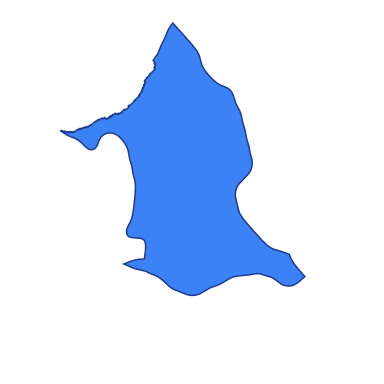 Fundación, Barahona, Dominican Republic, rotated 228°
{"feature_id": "3306468B48518895695140", "entity_name": "Fundación", "entity_type": "district", "adm_level": 2, "iso_a3": "DOM", "parent_name": "Dominican Republic", "parent_adm1": "Barahona", "projection": "robinson", "projection_center": [-71.129, 18.263], "detail": "fine", "context": "isolated", "style": "filled", "palette": "blue", "viewbox_px": 384, "rotation_deg": 228, "n_neighbors": 0, "source": "geoboundaries", "source_scale": "gbopen_adm2", "svg_char_len": 3554}
<svg xmlns="http://www.w3.org/2000/svg" viewBox="0 0 384 384"><g transform="rotate(228 192 192)"><path d="M80.7,222.6L88.5,218.3L95.3,214.2L98.6,212.9L102.3,212.2L110.0,211.7L130.9,211.8L138.3,212.1L143.7,213.0L146.9,214.2L159.5,221.1L161.9,223.2L164.0,225.7L165.6,228.7L166.6,232.5L167.5,244.3L168.2,248.2L168.8,250.0L170.4,253.0L173.7,256.6L176.3,258.4L182.1,261.3L187.5,264.7L194.9,268.2L203.1,273.1L209.2,276.0L217.5,280.7L220.7,281.8L228.7,283.9L237.1,287.7L240.1,288.5L243.2,288.5L244.8,288.1L247.6,287.0L253.0,284.4L256.4,283.4L261.8,282.7L269.3,282.6L274.8,283.1L278.3,283.8L281.5,285.1L288.5,288.7L293.8,290.1L303.3,290.7L330.4,290.8L329.3,285.5L328.2,282.2L324.5,274.7L322.0,268.1L317.7,259.1L316.8,255.6L315.9,251.2L313.2,251.2L313.2,250.5L312.5,250.5L312.5,249.7L310.5,249.7L310.5,248.2L309.9,248.2L309.9,247.4L309.2,247.4L309.2,246.7L307.9,246.7L307.9,239.1L307.2,239.1L307.2,234.5L306.6,234.5L306.6,231.4L305.9,231.4L305.9,230.7L304.6,230.7L304.6,229.9L303.9,229.9L303.9,227.6L303.2,227.6L303.2,226.9L302.6,226.9L302.6,225.3L301.9,225.3L301.9,223.8L301.3,223.8L301.3,223.0L300.6,223.0L300.6,221.5L299.9,221.5L299.9,218.5L299.3,218.5L299.3,217.0L298.6,217.0L298.6,211.6L297.9,211.6L297.9,210.9L298.6,210.9L298.6,210.1L297.9,210.1L297.9,203.2L298.6,203.2L298.6,202.5L297.9,202.5L297.9,201.7L297.3,201.7L297.3,197.9L297.9,197.9L297.9,197.1L298.6,197.1L298.6,193.3L297.9,193.3L297.9,192.6L298.6,192.6L298.6,190.3L299.3,190.3L299.3,189.5L299.9,189.5L299.9,188.0L301.3,188.0L301.3,187.2L301.9,187.2L301.9,184.9L302.6,184.9L302.6,183.4L301.9,183.4L301.9,182.7L302.6,182.7L302.6,181.9L303.2,181.9L303.2,180.4L302.6,180.4L302.6,179.6L303.2,179.6L303.2,177.3L304.6,177.3L304.6,176.6L305.9,176.6L305.9,175.0L306.6,175.0L306.6,174.3L307.2,174.3L307.2,172.0L307.9,172.0L307.9,170.5L308.6,170.5L308.6,167.4L309.2,167.4L309.2,161.3L309.9,161.3L309.9,158.3L310.5,158.3L310.5,156.7L311.2,156.7L311.2,156.0L311.9,156.0L311.9,154.5L312.5,154.5L312.5,152.9L313.2,152.9L313.2,151.4L313.9,151.4L313.9,150.6L314.5,150.6L314.5,148.4L315.2,148.4L315.2,144.5L315.8,144.5L315.8,143.8L316.5,143.8L316.5,143.0L317.2,143.0L317.2,142.3L317.8,142.3L317.8,141.5L318.5,141.5L318.5,140.7L319.2,140.7L319.2,140.0L319.8,140.0L319.8,139.2L320.5,139.2L320.5,138.4L321.8,138.4L321.8,137.7L322.5,137.7L322.5,136.9L323.8,136.9L323.8,136.2L325.1,136.2L325.1,135.3L318.4,137.1L315.4,138.3L309.8,141.1L306.7,142.1L303.4,142.7L295.5,143.3L292.8,144.0L291.5,144.7L290.5,145.8L289.7,147.2L289.4,148.6L289.4,150.1L290.1,152.9L292.7,157.8L293.6,160.8L293.7,164.2L293.4,166.0L292.0,169.0L289.9,171.5L288.7,172.5L285.6,174.0L284.0,174.5L280.6,174.9L277.2,174.9L273.7,174.7L268.7,173.6L265.6,172.3L258.8,168.1L251.4,164.5L244.7,160.2L238.7,157.2L234.4,154.1L230.4,150.3L225.3,144.9L219.3,138.2L215.2,133.1L213.4,130.6L211.9,127.9L210.7,125.3L209.4,121.5L208.2,119.2L206.7,117.1L204.7,115.7L203.6,115.2L202.4,115.0L201.1,115.2L200.0,115.7L197.9,117.2L192.1,122.7L189.9,123.9L188.6,124.1L187.2,124.0L184.6,122.8L182.3,120.9L178.8,117.3L174.1,111.7L177.6,107.4L180.1,103.3L181.6,100.0L184.1,93.2L174.8,97.4L172.1,99.0L163.9,104.7L160.6,105.8L153.8,109.2L150.7,110.3L145.7,111.2L137.2,111.9L132.3,113.0L119.5,119.4L118.1,120.3L115.6,122.3L113.5,124.8L112.6,126.2L111.2,129.3L108.6,141.4L105.5,149.1L104.4,152.4L102.3,163.0L101.0,166.4L99.1,169.6L92.6,178.4L88.2,185.3L86.1,187.5L75.7,193.8L72.7,194.9L63.1,196.9L60.2,198.4L57.8,200.5L55.8,203.1L55.0,204.7L54.1,208.1L53.7,211.8L53.6,219.3L64.1,219.4L70.2,219.8L76.2,221.0L80.7,222.6Z" fill="#3b82f6" stroke="#1e3a8a" stroke-width="1.5"/></g></svg>